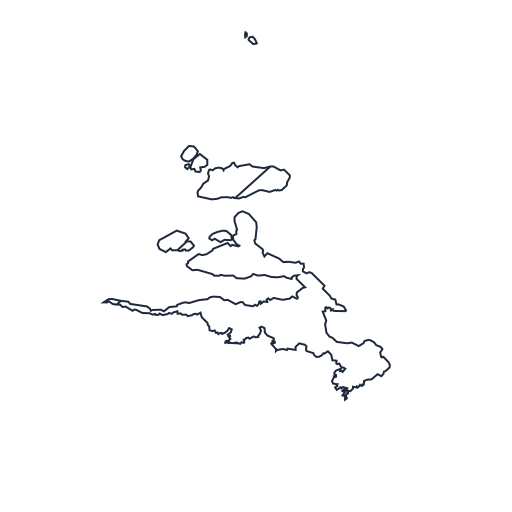 Cakaudrove, Northern, Fiji, rotated 228°
{"feature_id": "14151628B95966095088914", "entity_name": "Cakaudrove", "entity_type": "district", "adm_level": 2, "iso_a3": "FJI", "parent_name": "Fiji", "parent_adm1": "Northern", "projection": "robinson", "projection_center": [179.503, -16.697], "detail": "fine", "context": "isolated", "style": "outline", "palette": "slate", "viewbox_px": 512, "rotation_deg": 228, "n_neighbors": 0, "source": "geoboundaries", "source_scale": "gbopen_adm2", "svg_char_len": 6136}
<svg xmlns="http://www.w3.org/2000/svg" viewBox="0 0 512 512"><g transform="rotate(228 256 256)"><path d="M102.2,287.7L105.1,287.8L109.2,285.7L112.9,286.0L116.7,284.7L118.5,283.3L120.2,279.8L119.3,277.5L120.3,272.1L127.6,269.2L129.9,265.6L138.0,258.6L144.1,258.1L146.8,256.7L151.8,257.0L159.1,261.7L161.0,265.0L170.1,268.4L168.6,270.6L171.1,272.7L171.0,274.0L169.2,274.1L169.2,275.4L168.2,276.2L164.3,276.6L162.7,277.5L155.2,285.5L155.2,286.4L159.8,287.4L164.7,285.0L166.0,283.4L170.6,285.8L173.8,283.6L177.3,284.3L187.0,283.7L188.1,287.0L205.9,286.0L208.2,284.9L209.4,281.8L213.2,280.6L214.8,282.1L215.4,284.1L218.4,286.2L220.5,284.0L223.2,284.3L224.5,280.9L229.9,276.3L233.2,272.2L238.5,271.5L250.5,266.3L250.0,261.9L254.1,263.2L255.4,265.1L256.7,265.4L266.0,263.8L268.8,265.3L269.0,267.0L277.1,276.0L281.0,278.7L292.0,278.8L298.3,275.9L299.8,271.7L299.2,266.0L296.3,263.4L288.3,259.6L287.9,258.2L285.5,256.2L286.4,252.8L285.5,251.4L282.9,249.9L277.8,249.5L274.8,250.5L274.8,249.5L280.2,245.7L280.4,243.7L284.7,243.6L290.0,229.0L289.3,227.1L290.4,220.4L292.6,216.7L295.8,214.7L297.4,201.8L296.2,200.9L296.3,198.8L294.6,197.9L288.0,199.2L284.9,203.3L271.6,211.6L269.6,211.6L266.0,215.3L265.6,217.2L262.5,219.3L256.7,226.0L252.5,226.7L246.8,232.4L244.2,238.7L244.6,241.9L240.2,244.3L236.0,249.8L230.1,253.4L225.6,257.9L222.2,263.4L219.7,264.0L215.1,267.1L216.2,268.5L215.8,271.3L213.6,274.3L213.7,272.7L211.9,270.8L199.9,271.5L201.0,269.5L201.6,261.9L199.7,259.9L197.2,259.4L196.7,258.5L196.8,257.8L201.7,255.9L201.8,252.4L205.7,246.4L213.0,241.1L213.8,237.0L216.3,236.8L216.5,234.8L214.3,233.6L217.1,231.3L217.3,227.8L219.3,229.0L219.9,228.2L218.4,225.4L218.3,223.4L220.4,222.7L220.6,220.2L227.0,215.0L230.4,215.3L232.2,213.6L233.8,208.6L242.2,205.7L244.4,202.8L249.6,201.8L254.2,197.3L256.1,194.1L256.4,191.0L261.2,184.4L265.9,174.7L268.7,172.7L270.2,170.3L272.4,164.8L271.6,163.5L276.1,157.3L276.5,150.6L279.9,149.2L285.2,142.9L285.6,141.2L287.9,142.0L291.5,141.2L304.5,130.5L307.5,130.5L313.1,125.6L313.1,120.0L310.8,122.4L307.4,122.7L305.6,125.3L297.9,127.6L297.7,129.5L296.3,130.9L289.7,133.4L284.8,138.5L281.6,140.0L280.4,142.3L279.4,142.0L277.6,144.1L277.7,145.9L274.6,147.0L272.0,151.5L271.9,153.2L269.4,154.8L269.4,156.6L267.6,160.6L265.5,159.1L263.9,161.5L262.0,161.7L259.1,164.9L257.0,165.1L254.9,168.6L254.5,171.0L253.2,172.7L251.9,173.0L251.0,176.8L246.9,174.7L238.5,175.1L236.8,174.0L235.2,174.2L231.9,171.8L229.2,173.5L228.3,175.5L225.7,174.8L224.9,176.2L223.1,175.8L222.7,178.0L221.5,179.1L220.7,178.8L219.8,181.5L219.5,184.3L220.4,187.8L217.7,188.9L216.0,185.7L216.4,182.3L214.6,182.3L213.6,184.1L214.3,181.7L211.5,181.5L211.4,178.3L212.5,177.7L212.9,176.1L212.0,175.1L211.3,176.5L209.6,177.4L209.8,178.6L208.7,178.6L204.0,183.3L204.8,183.4L204.2,184.0L201.3,185.4L201.6,187.5L199.6,188.8L199.8,189.7L202.0,190.8L201.2,192.3L201.7,193.7L200.4,195.8L198.9,195.8L197.7,200.5L195.9,201.3L194.3,203.4L195.2,204.1L195.6,206.9L197.2,209.8L200.4,210.7L199.7,212.9L196.7,214.1L193.2,211.4L189.4,211.2L183.1,214.1L181.9,213.5L181.8,211.6L179.6,212.6L178.9,211.8L179.8,209.8L180.8,210.0L180.6,208.6L173.5,208.6L172.0,207.2L172.0,208.9L168.9,213.8L165.5,216.0L166.1,217.4L159.7,222.6L162.0,224.6L162.1,229.7L157.3,233.0L155.1,233.0L153.0,230.5L151.5,230.0L145.5,233.6L143.2,232.9L140.5,233.4L138.9,235.5L138.2,238.4L138.6,241.0L137.7,241.5L137.1,245.7L132.2,245.8L127.4,243.0L124.3,245.8L122.4,243.7L121.3,244.0L120.3,245.9L116.2,244.9L114.5,246.4L112.5,246.9L111.9,242.8L113.1,242.8L114.1,241.5L115.4,243.5L117.3,238.9L116.9,236.3L114.8,234.6L114.1,235.8L113.0,235.0L114.0,233.6L113.3,233.6L113.8,232.8L112.2,228.8L109.6,227.9L106.2,230.7L106.0,229.6L105.0,229.4L105.5,226.9L102.5,226.4L101.8,231.0L100.5,230.8L100.5,232.8L99.0,233.9L97.2,233.3L97.3,235.2L96.7,235.4L95.8,232.8L98.1,231.7L97.9,229.9L95.3,230.8L94.5,227.0L92.4,228.4L89.7,226.0L89.4,228.2L92.9,229.9L92.6,231.4L93.3,232.5L92.6,232.8L94.4,234.1L92.4,235.7L92.6,239.4L94.0,240.6L90.7,242.9L91.5,243.7L90.1,244.4L90.7,247.1L88.9,247.4L88.4,248.6L89.2,249.2L88.4,250.2L90.8,252.6L89.7,255.8L87.0,259.4L86.8,267.3L82.8,268.7L83.1,271.7L84.4,273.7L83.8,275.2L83.8,280.7L85.5,282.6L88.5,283.4L95.9,283.2L96.4,281.7L97.4,281.5L101.3,283.9L102.2,287.7ZM346.5,287.6L348.4,284.5L348.8,281.1L351.2,279.6L351.3,278.6L349.6,275.7L346.5,274.3L344.2,270.9L345.0,265.1L343.6,261.0L343.3,256.9L342.3,255.0L339.0,252.9L327.6,261.1L324.1,266.0L323.1,269.1L319.2,273.8L315.9,276.4L315.2,278.2L313.0,279.3L312.9,326.6L316.0,320.7L324.9,313.2L328.5,312.6L334.2,303.4L334.2,301.7L336.9,301.3L340.1,302.1L340.9,300.8L340.2,296.9L342.1,290.2L341.5,289.3L343.6,289.6L346.5,287.6ZM313.0,279.3L310.1,281.9L308.4,286.1L306.8,287.4L302.9,302.0L300.9,304.6L294.5,309.0L292.2,314.5L290.8,315.1L290.5,316.6L289.3,316.9L287.8,319.2L287.9,326.1L290.0,328.5L291.6,333.5L293.3,335.1L301.4,334.6L303.2,331.5L310.8,328.9L312.9,326.6L313.0,279.3ZM332.5,194.6L330.4,190.6L325.8,189.0L319.2,191.6L318.8,197.6L316.3,197.5L313.0,201.4L313.0,214.7L313.8,214.0L314.3,217.9L319.8,218.6L327.9,214.1L332.5,194.6ZM369.8,274.2L365.9,266.6L363.7,265.8L362.0,268.5L359.3,267.5L356.1,270.4L356.3,272.1L359.2,273.9L356.7,277.3L356.3,280.8L360.1,284.2L369.4,282.5L369.8,274.2ZM378.8,283.2L382.6,279.9L382.2,272.8L380.2,267.1L377.0,266.2L373.7,267.2L371.0,269.5L370.3,274.7L371.0,279.5L372.7,282.9L378.8,283.2ZM301.3,234.2L300.2,233.0L297.1,233.9L296.4,236.9L290.0,238.9L289.1,243.4L284.8,247.6L284.3,249.2L288.3,251.6L294.5,250.7L297.1,248.2L299.8,243.2L301.5,238.3L301.3,234.2ZM313.0,201.4L310.5,202.7L309.2,205.1L309.9,205.5L308.4,207.7L307.1,207.4L305.0,209.7L304.6,215.2L305.2,216.8L310.4,217.1L313.0,214.7L313.0,201.4ZM313.1,120.0L313.1,125.6L320.5,120.2L322.6,117.5L323.5,111.7L321.2,114.2L320.7,116.3L316.2,117.4L313.1,120.0ZM421.1,400.2L422.7,397.9L422.3,395.7L421.4,395.1L415.5,395.7L413.6,398.2L413.6,399.0L417.9,400.3L421.1,400.2ZM369.3,267.4L370.8,264.3L369.5,262.7L366.6,263.0L366.6,266.2L368.1,267.4L369.3,267.4ZM429.2,397.8L427.6,395.7L425.7,394.4L425.6,396.4L427.5,398.1L429.2,397.8ZM166.7,275.6L165.3,275.3L165.4,276.3L165.8,275.4L166.7,275.6Z" fill="none" stroke="#1e293b" stroke-width="2"/></g></svg>